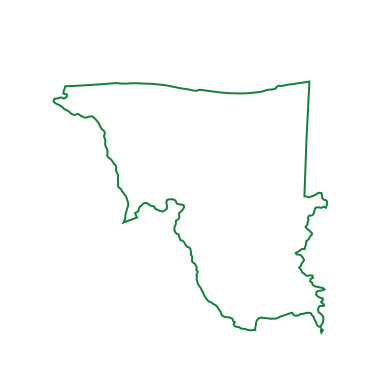 Canavieiras, Bahia, Brazil (Natural Earth projection), rotated 279°
{"feature_id": "56859067B52664621948498", "entity_name": "Canavieiras", "entity_type": "district", "adm_level": 2, "iso_a3": "BRA", "parent_name": "Brazil", "parent_adm1": "Bahia", "projection": "natural_earth1", "projection_center": [-39.146, -15.611], "detail": "fine", "context": "isolated", "style": "outline", "palette": "green", "viewbox_px": 384, "rotation_deg": 279, "n_neighbors": 0, "source": "geoboundaries", "source_scale": "gbopen_adm2", "svg_char_len": 5070}
<svg xmlns="http://www.w3.org/2000/svg" viewBox="0 0 384 384"><g transform="rotate(279 192 192)"><path d="M319.5,290.6L318.8,288.7L318.0,286.1L317.0,283.3L316.2,280.5L315.4,277.8L314.5,275.4L313.9,273.1L313.3,270.8L312.7,268.9L311.6,266.2L310.5,263.3L310.7,261.4L309.4,259.3L307.1,258.3L305.9,255.4L304.6,250.2L303.3,247.9L302.2,245.5L301.2,242.4L300.4,239.6L299.5,236.4L298.5,232.6L297.9,229.7L297.3,226.6L296.6,222.0L296.2,219.3L296.0,216.9L295.4,213.3L295.1,209.3L294.8,205.3L294.7,202.3L294.6,198.3L294.5,195.7L294.4,192.1L294.4,188.6L294.3,185.5L294.2,183.5L292.8,181.0L292.4,177.0L292.7,174.2L292.7,172.0L292.8,169.8L292.7,167.4L292.7,162.6L292.9,160.2L293.0,158.1L293.0,155.7L293.2,153.1L293.2,149.9L293.3,147.3L293.2,145.2L293.0,142.8L292.8,139.8L292.7,137.3L292.5,135.0L292.2,132.6L291.9,130.1L291.6,127.4L291.4,125.5L291.1,123.5L290.8,120.5L290.4,117.9L289.9,115.6L289.5,113.0L288.7,110.2L287.9,103.9L287.9,100.9L287.3,98.3L286.8,96.1L286.2,93.8L285.7,91.6L285.0,88.9L284.2,85.4L283.6,82.8L283.2,80.8L282.7,78.6L282.0,76.0L281.6,74.1L280.9,70.7L280.3,68.1L279.6,64.8L279.1,62.3L278.5,59.8L277.9,56.7L277.6,55.0L277.2,53.1L276.7,50.4L271.3,49.5L269.0,49.6L268.9,53.1L266.8,53.5L265.3,52.4L264.2,50.8L265.0,48.0L264.0,45.8L263.1,43.6L262.5,41.4L259.8,41.1L258.4,42.8L257.9,44.6L256.7,48.4L255.4,51.0L253.9,52.9L253.0,56.0L252.2,57.9L250.5,60.3L249.8,62.5L250.0,64.7L251.4,67.2L249.9,70.2L249.3,72.2L248.7,74.5L249.1,76.3L250.7,79.2L251.0,82.1L249.9,83.8L247.8,86.5L246.2,88.3L244.8,89.5L242.8,90.9L241.1,92.0L239.7,93.5L238.8,95.3L237.6,96.3L235.9,96.8L233.5,96.3L230.8,97.6L228.4,98.6L226.8,98.6L225.2,98.8L223.2,99.9L221.5,101.1L219.8,102.0L216.9,102.5L214.7,102.5L213.1,104.0L211.3,107.2L209.6,108.8L207.7,110.5L206.3,112.5L204.4,113.4L202.7,113.4L201.2,113.6L199.4,114.8L197.2,116.4L195.0,116.6L192.7,117.0L190.7,117.3L188.6,117.8L186.0,118.0L184.7,119.6L183.8,121.4L181.9,122.6L180.3,124.6L178.9,125.7L177.8,127.1L175.5,128.6L173.6,129.4L171.3,130.6L169.4,131.1L167.6,131.0L165.2,130.4L162.9,130.3L161.0,130.0L158.4,129.8L155.4,130.3L153.2,129.8L151.1,129.1L158.2,141.7L160.3,140.2L162.4,139.1L163.6,141.0L164.9,142.1L167.4,142.1L169.4,142.8L171.0,144.5L172.6,145.4L173.8,147.0L173.8,149.8L172.5,152.1L171.9,154.1L171.8,157.1L169.8,158.0L169.0,160.8L168.3,163.3L168.2,166.2L169.8,168.3L171.6,169.8L173.9,169.5L175.5,169.1L177.4,168.3L179.9,168.4L180.9,169.8L181.7,172.8L181.6,175.9L180.3,177.5L178.2,178.8L177.8,181.7L177.9,183.8L177.6,185.8L175.9,186.6L173.2,185.7L171.4,184.5L170.1,183.3L168.6,182.5L166.8,183.0L164.6,183.4L162.8,182.7L161.2,180.7L159.1,180.9L157.5,181.0L155.3,180.4L153.4,180.1L151.7,180.7L150.1,181.4L148.7,182.8L148.0,185.4L145.5,186.4L144.1,187.3L142.5,188.2L142.6,190.1L141.0,192.2L139.0,193.7L137.0,195.9L136.7,198.2L135.3,199.4L133.7,200.0L132.0,200.5L130.0,200.6L128.4,202.2L125.1,202.6L122.9,203.2L121.8,205.6L120.1,207.3L118.0,208.5L115.5,208.4L114.3,210.1L112.7,210.0L111.0,209.4L109.2,210.1L106.6,210.2L104.6,211.2L102.8,211.8L100.0,214.2L97.9,216.2L96.4,216.9L95.1,218.2L93.5,219.2L91.4,220.5L89.7,222.2L87.5,224.2L86.4,226.2L86.0,228.2L84.8,230.3L84.0,233.0L82.2,235.2L80.2,236.9L77.8,239.2L75.0,240.6L74.0,242.9L73.6,245.0L74.0,247.4L73.8,249.5L73.1,251.8L70.9,253.0L70.1,254.7L68.1,253.7L66.1,255.2L65.8,257.5L65.9,259.6L65.0,261.5L64.8,263.5L65.1,265.8L64.5,268.5L64.5,271.4L65.2,274.0L65.6,276.1L67.1,275.7L69.0,275.8L71.4,275.8L73.8,275.8L75.8,276.4L77.9,277.9L78.8,280.2L78.9,283.4L79.1,286.0L79.1,289.7L79.7,292.1L80.1,294.8L81.2,296.7L82.7,298.6L83.7,300.6L84.9,303.1L86.2,305.3L87.4,307.5L88.4,309.9L86.5,311.5L86.0,313.7L86.6,316.2L88.3,318.2L89.0,320.7L90.1,323.1L91.0,325.8L90.9,328.3L89.0,329.9L87.7,331.7L86.0,332.4L84.5,333.5L82.9,334.9L80.9,335.8L79.4,337.2L78.5,340.1L80.7,340.5L83.7,341.7L85.9,341.8L88.0,341.5L89.7,340.8L91.1,339.4L92.0,337.9L93.2,335.7L95.9,334.9L98.0,335.1L99.5,336.2L99.8,338.1L100.1,340.0L101.6,339.8L102.5,338.0L103.6,336.7L105.0,338.0L107.2,337.9L107.8,335.0L108.3,332.9L110.2,330.5L113.0,330.8L114.3,332.8L115.1,335.9L116.5,338.1L117.5,336.6L117.8,333.8L117.9,331.2L118.0,328.3L119.0,325.7L121.4,324.7L122.3,322.6L124.8,322.8L126.0,324.8L128.2,324.2L128.1,321.4L127.3,319.6L127.4,317.6L128.9,315.6L129.9,313.4L132.2,311.8L134.2,309.7L136.2,311.1L138.2,311.4L140.0,312.4L142.2,313.4L144.6,311.7L146.6,309.4L146.9,307.3L146.7,305.3L147.9,303.9L149.1,305.4L150.8,307.6L152.9,309.5L153.3,312.3L155.1,312.3L157.3,312.6L159.3,312.9L161.1,312.4L162.6,313.8L164.5,315.0L166.7,315.5L168.3,316.9L170.0,317.0L171.6,314.8L173.0,312.8L173.8,311.1L175.3,309.6L178.0,311.1L180.4,310.9L182.8,311.4L184.7,310.5L186.8,311.1L187.7,314.2L189.6,315.6L191.6,315.6L193.2,316.0L194.9,316.1L196.2,317.2L196.7,319.6L196.5,322.1L198.0,324.2L197.4,326.7L200.6,327.2L202.7,327.2L204.7,326.1L205.0,323.6L206.3,321.5L208.0,321.3L209.7,320.8L211.2,319.9L211.0,316.9L209.5,315.5L208.3,313.9L207.0,312.3L206.4,310.6L204.9,308.3L205.5,306.0L205.3,303.7L261.4,296.9L263.3,296.7L315.9,291.1L319.5,290.6ZM77.1,341.3L75.4,340.8L73.3,341.8L75.8,342.9L77.1,341.3Z" fill="none" stroke="#15803d" stroke-width="2"/></g></svg>